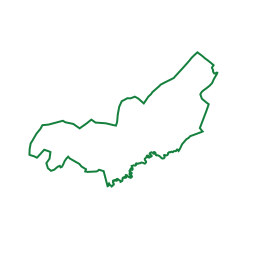 Taura, Jigawa, Nigeria, rotated 342°
{"feature_id": "59680162B96971531554224", "entity_name": "Taura", "entity_type": "district", "adm_level": 2, "iso_a3": "NGA", "parent_name": "Nigeria", "parent_adm1": "Jigawa", "projection": "orthographic", "projection_center": [9.372, 12.271], "detail": "fine", "context": "isolated", "style": "outline", "palette": "green", "viewbox_px": 256, "rotation_deg": 342, "n_neighbors": 0, "source": "geoboundaries", "source_scale": "gbopen_adm2", "svg_char_len": 4947}
<svg xmlns="http://www.w3.org/2000/svg" viewBox="0 0 256 256"><g transform="rotate(342 128 128)"><path d="M117.4,172.4L117.6,171.9L117.3,171.3L117.1,171.0L116.8,170.8L116.5,170.4L116.2,170.1L116.1,169.6L116.2,169.2L116.5,169.0L117.0,168.9L117.2,168.5L117.5,168.1L117.9,167.6L118.2,167.4L118.6,167.2L119.0,167.2L119.4,167.3L119.5,167.6L119.2,167.9L118.9,168.2L118.6,168.5L118.6,168.9L119.1,169.1L119.3,168.7L119.7,168.6L119.9,168.1L119.8,167.5L119.9,167.1L119.8,165.9L119.8,165.2L120.5,165.2L121.1,165.3L121.7,165.2L122.2,165.5L122.8,165.8L123.5,166.0L123.9,165.9L124.3,165.6L124.4,165.2L124.3,164.6L124.6,164.3L125.1,164.2L125.7,164.6L126.3,165.1L126.8,165.1L127.7,164.9L128.5,165.3L129.0,165.2L130.2,165.0L131.1,165.5L131.8,166.0L132.4,166.6L132.6,166.9L132.8,167.0L133.1,167.1L133.6,166.8L134.2,166.5L134.6,166.2L134.7,165.9L134.8,165.5L134.5,164.5L134.2,163.8L134.2,163.2L134.4,162.6L135.2,162.1L136.4,161.6L137.1,160.6L137.5,160.2L137.9,160.3L138.5,160.4L138.9,160.8L138.8,161.2L138.3,161.4L138.1,161.7L138.0,162.1L138.5,162.4L139.0,162.7L139.6,162.5L140.1,162.4L140.7,162.4L141.2,162.3L141.7,162.2L141.9,161.8L141.9,161.4L141.7,161.1L141.3,160.8L141.0,160.3L140.8,159.9L140.7,159.5L140.7,159.1L140.9,158.8L141.2,158.7L141.4,158.8L141.7,158.6L141.9,158.4L142.6,158.3L142.8,158.6L143.5,159.0L144.0,159.5L144.2,159.9L144.5,160.4L144.8,160.6L145.2,160.6L145.3,160.3L145.0,159.9L144.8,159.6L144.9,159.2L145.1,158.9L145.6,159.0L145.9,159.3L145.9,159.7L146.2,159.8L146.4,160.2L146.4,160.7L146.3,161.4L146.2,161.9L146.2,162.4L146.7,162.9L147.3,162.9L147.9,163.2L148.6,163.7L149.1,164.3L149.7,165.2L150.1,165.9L150.4,166.6L150.9,167.3L151.3,167.7L152.1,167.8L152.8,167.9L153.3,167.6L153.7,167.2L153.9,166.7L153.9,166.1L153.9,165.7L153.8,165.2L154.1,164.9L154.7,165.1L155.3,165.6L155.7,165.9L156.3,166.0L157.2,165.8L157.7,165.5L158.1,164.9L158.4,164.2L158.8,164.1L159.2,164.0L159.6,163.7L160.2,163.8L160.8,164.2L161.1,164.1L161.7,163.9L162.1,164.0L162.6,164.5L163.1,164.8L163.8,164.5L164.1,164.3L164.2,164.2L164.7,164.3L165.5,164.5L166.0,164.7L166.3,164.8L166.7,164.6L167.0,164.2L167.5,164.0L167.8,163.7L168.3,163.7L168.7,164.1L168.7,164.9L169.0,165.5L171.0,163.8L174.5,160.1L180.1,156.7L182.5,156.2L184.6,155.0L195.2,154.6L197.9,154.4L196.3,150.3L207.5,136.4L210.8,132.1L212.1,130.3L210.4,127.9L207.3,122.9L207.2,118.3L209.2,116.5L211.5,115.5L213.8,114.8L218.5,113.1L221.8,111.3L224.8,108.0L229.2,104.1L230.0,103.0L229.9,102.9L229.7,102.8L229.3,102.7L229.2,102.7L229.0,102.8L228.7,102.9L227.9,103.0L227.6,103.0L227.0,102.8L226.8,102.7L226.7,102.3L226.6,101.8L226.5,101.7L226.4,101.1L226.4,100.8L226.4,100.5L226.4,100.3L226.4,100.0L226.5,99.8L226.7,99.5L226.8,99.4L226.6,97.7L226.4,96.6L226.7,96.3L228.0,95.4L228.8,94.7L226.8,91.4L224.7,88.3L224.7,88.2L223.0,86.0L220.8,82.3L217.4,77.5L213.6,79.2L210.0,81.0L207.2,82.9L203.0,85.4L199.2,87.6L191.6,91.9L187.7,94.1L187.0,94.6L177.4,96.0L172.3,96.9L171.2,97.6L162.4,101.4L160.2,103.0L157.0,104.5L150.6,109.5L146.9,103.2L144.2,100.3L139.6,100.6L136.7,99.5L130.3,100.6L126.2,105.1L122.4,112.1L119.5,118.9L117.3,122.0L115.5,121.0L108.2,116.6L98.8,112.8L95.7,108.7L90.5,110.7L81.9,113.4L77.2,107.2L70.7,103.5L70.3,103.3L68.3,101.0L53.5,100.2L47.6,98.9L47.4,98.9L44.5,101.7L39.2,105.1L32.5,111.1L30.8,112.4L28.1,117.3L26.0,122.9L26.8,123.7L30.1,126.0L32.2,128.1L32.3,128.1L39.3,124.1L41.6,122.8L45.1,125.4L46.8,126.9L43.9,132.9L39.5,136.2L39.4,141.4L41.5,144.9L44.8,144.9L49.3,143.1L51.4,142.9L51.7,144.6L53.3,144.4L55.5,142.2L57.7,139.7L59.0,138.8L60.1,137.9L61.8,137.1L62.2,136.8L62.9,138.3L63.4,139.2L70.6,147.1L71.9,150.3L74.7,153.6L75.3,154.2L73.9,156.1L76.1,157.3L83.5,159.3L84.7,159.6L86.1,159.4L86.9,159.0L87.6,158.8L88.3,159.3L91.5,161.5L90.6,177.0L91.5,176.9L92.0,176.0L92.3,175.1L92.8,174.8L93.0,175.6L93.1,176.5L94.3,177.8L94.3,178.5L94.9,178.4L95.5,178.2L96.2,177.6L96.9,177.5L97.2,177.0L97.2,176.8L97.2,176.4L97.0,175.9L96.8,175.3L96.9,174.9L97.1,174.5L97.5,174.3L97.9,174.3L98.0,174.1L97.8,173.8L97.4,173.9L97.4,173.6L97.7,173.4L98.1,173.5L98.5,173.4L99.1,173.6L99.5,173.4L99.9,173.6L100.0,174.0L100.3,174.4L100.6,174.6L101.1,174.6L101.5,174.2L101.6,173.8L101.5,173.5L101.4,173.2L101.8,173.1L102.3,173.2L102.7,173.6L103.0,174.3L103.6,175.1L103.9,175.2L104.3,175.7L104.4,176.3L104.3,176.9L105.0,176.8L105.8,176.6L106.3,176.3L106.8,175.6L106.9,175.0L107.2,174.4L107.4,174.0L107.9,173.7L108.5,173.8L108.8,174.3L109.2,174.3L109.5,174.0L109.0,173.6L109.5,173.4L110.0,173.3L110.5,173.6L110.8,174.1L110.7,174.5L110.9,174.5L111.1,174.3L111.2,174.1L111.4,173.5L111.4,173.0L111.5,172.4L111.5,172.1L111.8,172.1L112.1,172.5L112.6,173.0L112.8,173.6L113.2,174.3L113.5,174.8L114.2,175.5L114.8,175.9L115.3,176.2L115.7,176.1L116.0,175.8L116.5,175.7L116.8,175.4L116.8,175.0L116.7,174.8L116.5,174.5L115.9,174.3L115.4,174.0L115.6,173.3L115.4,172.8L115.2,172.4L115.3,171.9L115.6,171.5L115.9,171.2L116.2,171.8L116.4,172.2L116.5,172.5L116.8,172.8L117.4,172.4Z" fill="none" stroke="#15803d" stroke-width="2"/></g></svg>